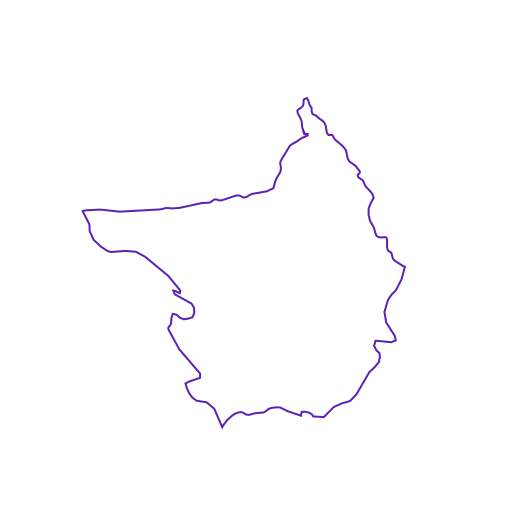 SVG path tracing the border of Subcarpathian, rotated 218°
{"feature_id": "POL-3152", "entity_name": "Subcarpathian", "entity_type": "Voivodeship", "adm_level": 1, "iso_a3": "POL", "parent_name": "Poland", "parent_adm1": "", "projection": "robinson", "projection_center": [22.333, 49.912], "detail": "fine", "context": "isolated", "style": "outline", "palette": "violet", "viewbox_px": 512, "rotation_deg": 218, "n_neighbors": 0, "source": "natural_earth", "source_scale": "10m", "svg_char_len": 2710}
<svg xmlns="http://www.w3.org/2000/svg" viewBox="0 0 512 512"><g transform="rotate(218 256 256)"><path d="M152.5,341.9L151.5,341.8L150.1,341.0L147.6,339.0L146.3,338.2L143.7,337.7L134.1,338.6L132.0,339.2L131.8,338.7L127.0,327.3L124.6,314.9L125.4,308.9L125.0,302.8L120.3,290.9L112.3,283.7L97.8,278.6L93.9,275.6L96.2,271.4L109.6,262.9L107.8,258.0L102.8,255.7L99.0,255.5L96.1,252.7L95.1,250.3L93.9,248.4L94.0,241.8L95.2,234.3L91.7,209.0L92.6,199.6L97.7,192.6L101.8,184.7L103.4,170.6L103.9,170.5L112.1,164.8L114.6,165.7L118.0,165.1L121.5,163.5L124.0,161.3L122.7,158.7L122.2,157.9L135.1,153.3L143.6,151.5L146.1,149.9L150.2,145.9L151.9,143.3L152.6,140.1L153.6,137.5L160.0,131.4L163.8,126.4L166.1,125.0L169.6,124.6L172.0,123.6L174.1,121.1L175.7,118.1L176.6,115.4L177.7,108.8L177.6,102.6L177.2,100.3L194.8,109.9L204.8,110.3L213.7,105.4L218.9,105.2L224.1,106.7L228.8,109.1L233.1,112.1L231.2,116.3L225.1,125.5L227.6,128.9L258.8,135.2L279.8,144.2L281.1,145.8L280.9,148.0L281.3,150.4L284.5,155.1L286.0,159.2L282.3,160.9L278.2,160.5L274.0,161.6L270.7,165.1L268.4,168.6L269.4,172.8L272.9,177.0L277.6,178.8L296.3,175.8L299.9,177.8L297.8,178.8L293.2,179.7L294.5,182.2L312.9,186.3L343.0,187.1L353.2,185.4L361.8,179.8L372.8,169.8L376.3,168.5L384.0,167.9L393.9,168.8L402.3,173.1L406.7,178.3L420.2,184.6L420.3,184.7L420.2,184.9L418.3,187.1L407.8,196.3L404.0,198.8L403.9,198.8L396.7,203.3L390.6,207.1L360.1,233.8L356.1,238.8L351.2,242.0L345.8,246.9L331.3,264.4L325.7,269.2L325.0,270.6L323.9,274.0L323.3,275.3L322.1,276.2L319.7,277.0L318.6,277.6L317.2,278.9L309.0,291.3L306.7,293.2L305.2,293.7L302.3,294.2L300.8,295.3L299.9,296.7L297.6,302.2L287.4,313.5L284.0,320.2L286.6,326.3L287.5,328.8L288.4,336.1L288.9,338.0L289.3,338.9L291.0,341.2L293.9,343.8L294.7,345.1L295.3,347.8L297.2,363.5L296.6,366.0L294.4,371.2L292.5,377.3L290.4,381.0L289.6,383.0L290.5,384.0L291.1,383.6L292.9,381.7L295.0,383.0L294.8,383.1L294.3,383.2L298.7,385.7L302.7,390.0L305.2,391.6L311.2,394.4L312.9,396.1L312.9,397.6L311.7,400.9L311.5,403.3L312.1,404.9L314.3,408.0L314.5,408.4L314.7,408.9L313.2,411.7L310.4,410.7L307.4,408.4L305.0,407.4L303.5,407.0L301.0,404.1L299.6,403.0L298.2,402.8L295.1,403.6L290.2,403.3L287.3,403.5L284.4,403.2L281.1,401.4L276.0,396.7L273.3,396.0L270.4,398.3L265.7,396.4L255.2,396.0L250.2,394.7L243.4,389.0L240.5,388.0L233.0,388.3L226.7,386.7L225.7,386.0L225.3,384.9L225.7,383.8L225.7,382.6L224.2,381.2L223.1,381.0L219.9,381.4L218.5,381.3L217.0,380.7L212.6,378.4L203.0,376.8L199.2,374.5L198.3,369.1L196.6,363.0L192.7,357.8L187.9,354.0L180.6,351.0L175.6,347.2L173.2,346.1L170.5,346.5L168.1,348.3L166.2,350.1L164.8,350.9L162.7,349.5L158.2,343.7L155.9,341.8L154.6,341.5L152.5,341.9Z" fill="none" stroke="#5b21b6" stroke-width="2"/></g></svg>